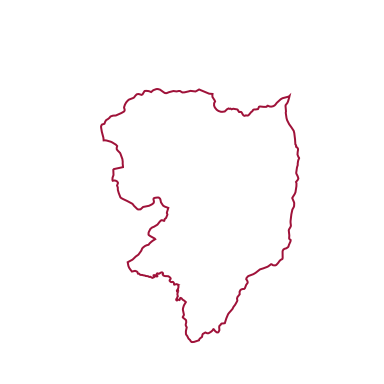 Hiep Duc, Quàng Nam, Vietnam, rotated 119°
{"feature_id": "81297802B47304896634130", "entity_name": "Hiep Duc", "entity_type": "district", "adm_level": 2, "iso_a3": "VNM", "parent_name": "Vietnam", "parent_adm1": "Quàng Nam", "projection": "mercator", "projection_center": [108.135, 15.518], "detail": "fine", "context": "isolated", "style": "outline", "palette": "rose", "viewbox_px": 384, "rotation_deg": 119, "n_neighbors": 0, "source": "geoboundaries", "source_scale": "gbopen_adm2", "svg_char_len": 6050}
<svg xmlns="http://www.w3.org/2000/svg" viewBox="0 0 384 384"><g transform="rotate(119 192 192)"><path d="M220.6,266.8L219.5,265.4L219.1,264.2L219.1,262.6L219.7,261.4L220.0,261.1L220.6,261.0L222.7,260.7L224.0,259.1L226.1,257.9L228.4,255.6L231.4,252.0L231.6,251.0L231.6,249.1L231.3,244.3L231.2,238.8L231.4,237.8L232.2,236.1L233.5,231.3L233.3,230.5L232.1,228.6L228.8,227.5L224.9,222.9L222.3,221.1L220.5,220.3L219.4,220.4L218.6,220.8L217.0,222.2L216.2,222.4L215.9,222.3L215.0,221.5L213.6,219.6L213.0,218.4L213.3,216.8L213.9,216.0L216.1,214.1L217.9,210.7L218.0,208.9L217.4,205.0L221.8,204.1L222.6,203.8L223.6,202.6L224.0,202.5L227.3,202.1L228.8,202.7L229.2,202.7L230.6,202.3L230.8,202.4L231.1,204.2L231.4,204.9L231.7,205.2L233.4,205.8L237.3,206.4L240.8,208.4L242.4,209.7L244.5,210.5L247.5,210.4L248.4,210.3L249.8,209.7L250.4,209.3L250.6,208.9L250.8,207.2L250.8,202.1L251.1,201.3L253.8,202.8L255.5,203.5L257.6,204.2L259.2,204.4L260.6,205.9L262.0,206.9L264.0,207.8L265.5,208.2L268.0,207.9L272.8,208.5L275.7,209.9L279.0,210.9L280.1,211.3L284.6,214.2L287.5,211.8L288.7,210.3L289.6,208.6L290.7,206.0L288.6,203.6L288.3,202.0L288.5,200.9L289.6,199.7L289.1,198.6L289.4,197.9L289.5,197.1L289.2,196.3L288.7,195.4L288.5,194.3L287.9,192.6L287.9,191.8L287.0,189.7L287.0,188.2L286.3,187.3L286.4,186.0L286.3,185.0L284.9,183.9L284.6,183.8L283.8,185.1L283.4,185.2L283.0,184.7L282.8,184.2L283.2,182.5L282.8,181.6L282.3,181.5L281.8,182.5L281.1,183.1L280.3,183.1L279.8,182.6L279.7,181.4L277.4,180.0L277.0,179.5L276.8,179.1L277.0,178.2L277.4,177.8L278.4,177.6L278.9,176.5L278.8,175.7L278.6,174.8L277.2,172.0L277.2,170.9L277.5,169.5L277.9,168.8L278.4,168.6L278.7,168.6L279.7,168.8L280.2,168.7L280.5,168.5L280.9,167.4L280.9,166.7L280.8,166.3L280.0,165.4L279.9,164.8L280.2,164.0L280.8,163.3L281.6,162.8L281.6,162.5L280.7,161.6L280.1,160.9L279.8,159.6L279.8,158.8L280.2,159.0L281.2,158.0L282.4,157.5L283.7,157.3L284.6,156.6L284.8,157.4L285.6,157.4L286.2,156.9L286.2,156.1L286.4,155.8L287.3,155.7L288.7,155.1L290.1,153.8L291.2,153.9L292.0,153.6L293.3,153.8L293.9,153.6L294.2,153.2L294.2,152.6L293.9,152.4L293.4,152.4L293.0,152.2L292.8,151.7L292.6,150.6L292.2,150.5L290.8,150.9L290.3,150.8L290.1,150.5L290.1,149.5L290.7,148.0L290.8,146.0L291.3,144.0L295.1,144.1L298.0,143.5L299.4,142.9L303.2,139.6L303.8,139.4L305.6,139.5L306.1,139.3L306.4,138.3L306.6,136.7L307.0,135.1L307.2,134.9L308.7,133.9L310.8,133.3L311.4,133.0L312.0,132.4L312.9,131.0L316.0,130.1L317.2,129.6L319.2,128.4L319.7,127.7L320.3,126.3L321.9,124.0L322.4,122.0L323.1,120.8L323.4,119.7L323.0,118.8L322.1,117.5L318.3,114.0L317.6,114.2L316.5,114.1L313.8,113.0L311.7,113.7L310.9,113.7L308.4,112.2L308.2,110.3L307.7,109.3L307.1,108.8L305.2,107.7L303.4,107.0L301.6,106.8L301.5,106.6L301.6,106.2L302.5,104.1L302.7,102.5L302.7,102.0L302.1,101.1L301.1,100.9L299.5,101.1L296.9,102.8L295.7,103.1L294.3,102.6L293.1,102.5L292.7,102.3L291.4,100.4L290.8,99.7L286.0,100.7L281.4,101.2L279.8,101.0L274.7,99.9L272.3,100.0L269.7,99.6L266.0,99.6L265.0,99.7L263.3,101.0L261.7,101.3L258.4,100.7L256.2,102.0L254.6,102.1L254.0,102.0L253.3,101.6L252.4,100.8L251.5,99.4L250.6,99.1L246.9,99.6L244.6,99.3L244.0,99.5L243.4,100.0L242.6,101.0L242.0,102.3L241.0,102.6L240.3,102.5L238.7,102.2L238.0,101.8L234.1,98.5L231.9,97.2L226.7,95.0L224.3,92.7L221.0,89.9L220.1,89.3L216.8,87.8L216.6,87.1L216.8,86.0L216.6,85.2L215.9,83.7L214.9,82.9L212.4,82.3L209.9,82.0L208.5,81.6L206.8,80.5L205.8,80.7L200.2,83.9L199.2,84.2L197.8,84.1L196.8,83.5L195.5,82.2L193.7,81.3L193.0,81.2L191.2,81.6L187.6,81.9L186.2,82.4L185.9,84.0L185.4,84.6L182.7,85.9L178.6,88.8L177.6,89.0L175.2,88.9L174.0,89.0L173.3,89.3L171.1,90.9L169.7,91.7L163.3,94.3L158.7,95.7L155.8,95.7L154.8,95.9L152.2,97.2L151.6,97.7L148.7,101.4L147.4,101.4L143.9,101.2L142.0,101.4L136.3,103.5L133.8,104.8L132.8,105.9L130.2,105.4L128.7,105.5L127.7,106.4L126.7,107.6L125.3,109.7L124.6,110.2L119.6,112.1L117.1,112.6L116.2,113.2L113.9,114.1L112.5,114.5L111.0,114.6L110.5,114.7L110.1,115.1L109.9,115.7L109.3,116.5L108.1,117.9L105.7,119.0L103.7,119.7L102.8,120.3L102.1,121.5L102.0,122.9L100.7,123.6L100.2,124.7L96.0,127.4L90.9,131.1L89.2,132.7L87.3,136.3L85.6,139.9L83.1,143.6L81.5,145.2L77.3,148.4L75.9,148.9L71.6,151.8L70.7,152.2L67.9,151.8L66.4,151.9L63.1,152.6L60.6,153.3L61.6,153.6L66.1,158.3L67.9,159.4L73.0,161.1L75.2,161.4L76.4,161.8L77.6,162.6L78.7,163.8L79.2,164.7L79.6,165.7L79.8,167.6L80.1,167.9L81.1,168.0L81.5,168.3L82.7,170.4L84.2,173.9L84.6,174.4L85.1,174.7L86.9,174.5L87.5,174.5L88.9,176.3L89.8,177.8L90.5,178.3L92.1,178.4L93.4,179.0L96.7,179.6L97.6,179.9L98.1,180.3L98.5,181.0L98.8,182.0L99.8,182.8L100.0,183.2L100.0,183.8L99.8,184.8L98.5,186.9L98.2,187.6L98.3,188.2L99.1,189.3L99.2,189.7L98.7,190.6L98.4,190.9L98.4,191.3L97.9,191.9L97.9,192.6L99.2,196.3L100.5,197.5L100.4,198.7L101.2,199.7L101.2,200.5L102.5,201.4L105.7,202.4L107.0,204.1L107.8,205.5L108.3,208.1L108.1,210.3L107.0,213.0L105.7,214.6L103.6,215.7L101.6,215.7L100.9,216.6L99.0,220.1L97.9,220.9L96.3,221.6L97.7,224.7L98.9,235.5L101.1,236.8L102.4,237.7L104.3,242.4L105.7,243.8L108.5,246.9L109.6,248.7L109.5,251.5L110.2,252.7L111.5,254.2L112.7,257.2L115.7,260.4L117.8,262.1L118.2,262.7L118.6,263.9L118.5,265.0L118.0,269.6L118.5,271.8L119.3,273.1L121.7,275.2L124.4,276.2L124.6,278.0L124.9,279.2L125.7,281.0L126.4,282.1L126.7,282.4L127.7,282.5L130.6,282.6L131.5,283.2L132.1,285.9L132.4,286.6L133.4,287.7L135.2,288.2L137.4,288.5L138.4,289.1L141.7,291.9L143.2,292.5L145.6,293.0L148.1,293.0L150.8,292.5L151.3,292.2L152.3,291.1L153.0,290.6L153.9,290.4L154.6,290.5L157.1,292.0L162.0,295.7L163.5,298.1L165.1,299.6L165.6,299.9L167.3,300.2L169.2,301.0L170.3,301.7L171.1,302.0L172.9,302.0L174.5,301.7L174.8,301.7L176.6,303.4L177.1,303.5L177.9,303.5L179.0,303.2L180.0,302.5L183.0,300.1L187.5,295.8L189.7,294.3L189.0,293.2L188.4,291.7L187.4,287.4L187.3,285.9L187.5,281.5L188.1,279.7L189.8,279.3L190.9,278.7L191.3,278.2L191.8,277.0L192.7,273.9L193.5,272.8L197.0,268.8L199.2,267.2L200.6,266.5L203.5,264.5L203.7,264.4L209.8,271.4L210.7,271.6L215.2,268.9L218.1,268.4L220.1,267.4L220.6,266.8Z" fill="none" stroke="#9f1239" stroke-width="2"/></g></svg>